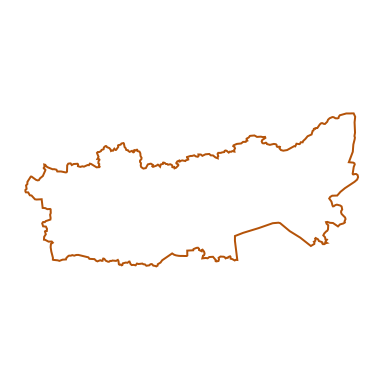 Midongy-Atsimo, Atsimo-Atsinanana, Madagascar, rotated 88°
{"feature_id": "10022922B72475763343132", "entity_name": "Midongy-Atsimo", "entity_type": "district", "adm_level": 2, "iso_a3": "MDG", "parent_name": "Madagascar", "parent_adm1": "Atsimo-Atsinanana", "projection": "mercator", "projection_center": [46.981, -23.354], "detail": "fine", "context": "isolated", "style": "outline", "palette": "amber", "viewbox_px": 384, "rotation_deg": 88, "n_neighbors": 0, "source": "geoboundaries", "source_scale": "gbopen_adm2", "svg_char_len": 6045}
<svg xmlns="http://www.w3.org/2000/svg" viewBox="0 0 384 384"><g transform="rotate(88 192 192)"><path d="M170.1,28.4L169.0,28.7L168.3,29.8L167.7,34.2L157.4,29.9L150.2,29.1L144.6,27.5L143.1,27.3L141.8,27.7L138.4,27.0L128.1,27.1L122.5,26.3L119.1,27.7L118.9,35.1L120.5,41.6L121.8,42.6L123.2,43.0L123.5,44.2L123.3,46.1L122.2,47.8L122.0,49.1L123.1,51.9L124.5,53.5L126.5,54.4L128.6,56.7L128.6,57.6L127.7,59.5L127.8,60.5L128.8,61.8L132.4,64.5L132.4,66.0L133.1,66.5L132.8,67.2L133.2,68.0L134.7,68.4L135.1,69.3L138.7,70.5L140.3,74.5L143.0,76.9L144.9,79.1L146.2,79.7L146.1,81.6L147.6,82.4L147.9,83.1L147.4,85.9L150.0,87.2L149.7,88.2L153.4,95.5L153.9,99.3L153.2,101.6L151.5,103.0L150.0,102.5L149.8,102.9L149.9,105.2L149.3,105.7L148.0,105.8L147.2,106.5L146.8,108.5L147.6,112.5L146.7,115.4L145.6,115.9L145.3,116.4L145.9,118.2L145.8,119.5L145.3,120.1L143.8,120.6L142.5,120.0L140.5,116.8L139.5,117.1L139.6,119.3L139.1,121.2L139.2,125.1L137.7,127.6L137.9,131.7L138.0,132.2L139.5,133.4L140.5,135.4L140.9,135.7L142.6,134.9L143.2,136.4L143.8,136.6L143.7,139.2L145.2,141.2L145.5,145.5L146.8,148.8L147.6,149.2L148.6,147.9L150.0,147.5L151.4,148.4L153.1,148.2L152.5,150.3L153.2,151.5L153.0,152.8L153.9,153.9L152.0,156.0L151.7,157.0L152.0,157.9L153.2,158.4L153.5,160.7L153.9,161.8L153.8,164.4L154.9,165.1L157.1,164.5L158.1,165.2L159.2,165.1L158.3,167.3L156.2,169.7L156.0,172.0L154.6,173.4L154.8,177.2L156.2,180.4L154.9,181.8L154.7,184.3L156.2,184.2L157.0,185.0L156.5,187.0L155.4,188.5L156.0,190.8L155.9,192.1L156.9,195.8L157.4,195.8L158.7,194.7L159.4,194.6L160.2,197.1L160.8,197.6L160.1,200.6L160.4,202.0L161.2,203.2L161.1,203.7L160.2,203.8L160.9,205.6L162.5,206.7L163.0,206.5L164.0,204.8L165.0,204.8L167.2,207.1L167.7,208.6L166.4,208.9L166.7,210.0L166.4,210.8L164.9,210.8L164.2,211.4L163.5,212.8L163.9,215.0L163.2,215.8L163.1,217.1L162.0,218.2L161.6,219.3L161.7,219.9L162.8,219.9L163.4,222.3L165.6,223.0L163.6,224.8L163.5,225.4L164.3,226.3L165.5,230.1L164.9,230.8L163.6,230.1L162.3,232.0L162.3,232.7L162.9,235.2L166.5,237.3L166.9,239.8L165.4,241.8L164.0,242.3L161.4,242.0L160.1,242.9L158.7,242.8L157.5,241.5L156.1,241.2L154.2,242.2L151.5,242.3L149.8,243.1L149.2,245.0L147.9,245.3L147.9,246.2L148.6,246.9L148.1,248.2L148.6,248.6L150.0,248.6L150.3,249.0L150.2,249.5L148.8,250.6L149.7,252.9L148.8,254.2L148.0,254.6L147.7,256.2L145.9,256.8L144.7,257.8L141.1,258.4L140.7,258.8L141.1,260.8L142.2,261.7L142.6,263.9L142.9,264.3L144.3,264.1L147.2,266.3L147.3,267.0L146.0,268.1L148.0,269.6L147.7,270.5L148.2,271.5L146.6,272.0L145.2,273.1L144.2,275.4L143.2,276.0L143.1,276.9L144.4,278.5L146.2,278.9L146.8,280.9L148.0,281.6L148.8,283.3L148.8,284.8L149.6,285.6L153.6,284.2L155.6,285.3L155.5,284.3L156.3,283.4L156.9,283.5L157.8,284.3L159.9,284.6L160.9,283.7L162.2,284.1L163.5,283.4L163.9,283.7L164.0,286.5L160.5,291.8L160.1,293.1L161.6,294.1L161.4,295.4L162.9,299.1L162.5,300.6L163.0,302.8L162.2,305.1L160.4,304.9L159.8,305.4L159.9,309.3L160.9,311.2L159.2,312.3L159.2,313.6L159.4,314.7L161.0,315.8L167.2,316.2L167.9,316.7L168.0,317.7L166.9,322.2L166.8,325.9L165.0,326.7L164.4,328.8L164.4,330.5L162.5,334.9L161.4,336.6L159.7,337.7L159.4,338.7L161.6,338.5L162.6,339.3L163.2,339.3L164.5,337.8L165.2,337.8L170.8,340.5L173.1,343.5L174.8,344.6L175.0,345.9L174.4,347.5L171.0,351.8L171.0,352.6L176.1,356.1L178.4,356.3L179.6,357.6L183.1,357.2L184.1,358.4L185.4,358.5L186.5,358.1L186.7,355.7L189.6,354.2L189.9,352.5L193.8,349.2L194.1,347.5L194.0,342.5L202.7,341.8L203.0,339.2L204.1,337.2L204.0,334.4L204.4,333.9L208.1,333.9L209.8,334.6L213.1,334.2L214.6,334.5L216.0,339.2L217.0,340.2L216.8,341.8L218.1,342.8L221.1,342.0L221.5,339.2L223.8,338.2L225.9,338.5L225.9,339.9L226.3,340.3L229.2,339.6L231.6,341.3L234.5,341.6L234.7,340.4L236.6,337.1L236.6,333.9L237.8,332.9L239.0,334.8L242.2,335.2L246.5,334.7L252.8,333.3L254.8,333.4L255.0,332.9L255.6,328.6L256.2,326.9L255.1,323.7L255.0,320.3L253.8,320.0L252.1,318.4L251.3,317.1L251.4,315.3L250.9,313.9L251.5,311.9L250.9,309.9L250.9,307.8L253.7,297.8L255.2,296.9L255.7,291.8L257.4,290.2L258.0,288.9L257.0,286.1L257.6,284.8L257.6,283.8L256.2,283.5L255.4,283.0L255.7,282.0L257.7,280.5L258.8,278.2L258.7,277.1L258.0,276.2L258.1,274.7L257.7,273.9L258.2,270.3L257.3,268.5L258.4,267.9L261.7,267.6L262.2,266.9L262.0,265.8L262.8,265.0L262.6,264.2L260.9,263.6L260.2,260.6L260.5,258.9L259.3,257.3L259.3,256.9L261.9,255.9L262.9,254.8L262.8,252.8L263.3,250.9L261.6,249.5L262.1,247.9L261.8,244.1L262.5,243.2L262.7,241.6L264.1,240.2L263.8,237.3L262.8,236.1L262.6,235.1L262.9,234.3L264.2,233.3L264.6,231.4L265.1,230.3L264.4,229.0L263.0,228.7L261.4,225.9L259.2,224.2L252.7,214.0L254.1,212.0L254.8,210.1L255.4,207.1L255.8,199.5L255.3,198.9L250.4,198.8L250.3,192.8L249.3,192.6L249.0,192.2L248.0,189.5L247.9,188.0L248.9,187.0L250.2,187.0L251.5,184.5L250.3,184.3L250.0,183.5L252.1,182.0L253.8,181.6L255.1,181.9L255.6,182.2L256.0,183.2L258.7,184.0L258.4,180.5L258.8,178.7L257.6,177.0L257.5,173.3L261.0,170.5L261.7,170.9L262.0,170.7L262.2,170.1L261.9,168.0L260.3,167.4L258.7,167.7L257.5,165.8L257.8,162.6L258.2,161.7L259.5,160.7L258.9,159.3L259.1,158.6L258.2,157.9L257.6,156.2L258.1,155.8L260.0,155.7L260.5,154.0L261.9,151.7L261.3,150.6L261.5,149.1L242.3,150.8L237.5,150.6L234.6,142.3L230.4,126.6L226.0,112.4L225.7,106.6L226.2,105.0L234.5,95.7L241.4,85.4L250.1,75.1L248.2,71.6L246.7,71.4L246.0,71.9L245.1,70.5L243.5,70.3L242.9,70.6L242.3,70.0L243.8,67.6L245.4,66.9L246.6,63.9L247.1,63.4L248.0,63.6L248.7,62.9L248.7,61.5L247.8,60.1L247.6,59.0L246.7,60.5L244.4,58.9L244.1,60.3L241.9,60.6L239.9,62.3L238.1,61.3L236.1,59.3L235.5,58.2L234.1,57.4L230.0,57.0L228.4,58.6L226.8,59.1L226.6,57.8L227.6,55.2L227.9,52.2L231.5,47.3L229.6,45.3L228.7,41.8L228.0,40.5L227.6,40.2L226.7,40.6L224.4,39.5L222.8,39.9L219.2,43.2L217.7,43.7L216.3,43.6L214.7,42.5L211.7,43.0L210.7,44.3L209.7,47.6L210.1,49.2L211.2,50.8L211.3,51.6L210.6,52.0L206.4,53.0L203.3,55.1L201.7,54.0L200.6,52.0L200.6,47.0L197.0,43.6L193.5,39.0L187.5,29.2L185.3,26.5L182.9,25.5L180.9,25.9L179.8,27.2L179.7,28.5L180.1,30.0L179.9,30.6L179.4,30.8L172.6,29.5L170.1,28.4Z" fill="none" stroke="#b45309" stroke-width="2"/></g></svg>